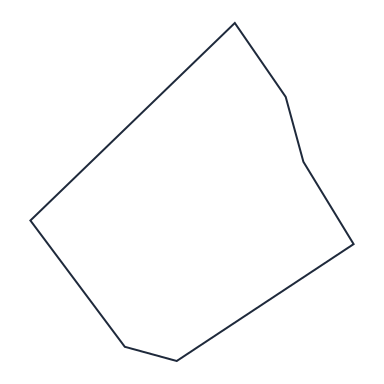 Komenda, Robinson projection
{"feature_id": "SVN-225", "entity_name": "Komenda", "entity_type": "Municipality", "adm_level": 1, "iso_a3": "SVN", "parent_name": "Slovenia", "parent_adm1": "", "projection": "robinson", "projection_center": [14.546, 46.209], "detail": "fine", "context": "isolated", "style": "outline", "palette": "slate", "viewbox_px": 384, "rotation_deg": 0, "n_neighbors": 0, "source": "natural_earth", "source_scale": "10m", "svg_char_len": 220}
<svg xmlns="http://www.w3.org/2000/svg" viewBox="0 0 384 384"><path d="M176.7,361.0L124.8,346.8L30.4,220.5L234.8,23.0L285.7,96.9L303.4,161.8L353.6,244.1L176.7,361.0Z" fill="none" stroke="#1e293b" stroke-width="2"/></svg>